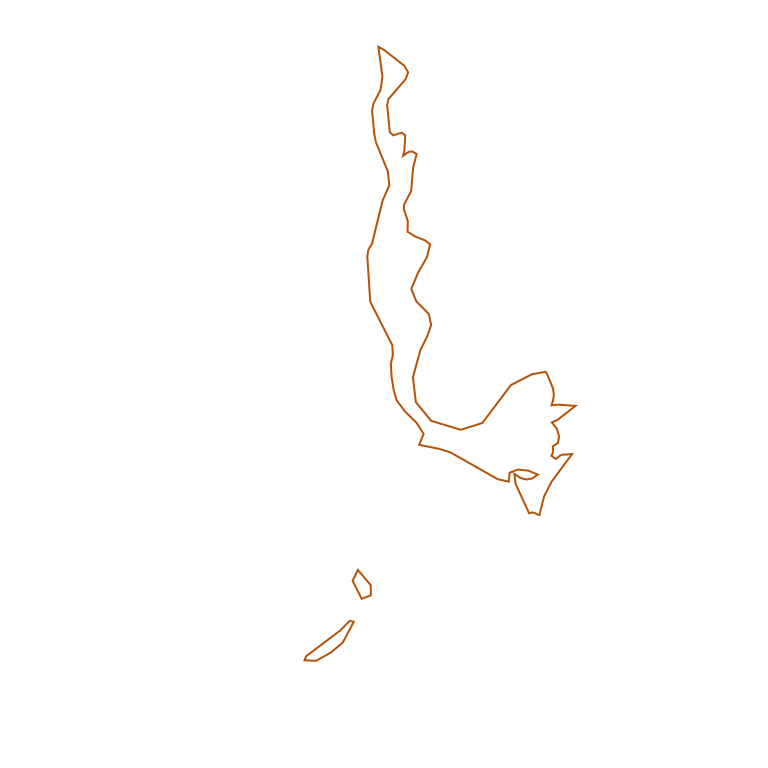 outline of Acklins, rotated 126°
{"feature_id": "BHS-5036", "entity_name": "Acklins", "entity_type": "District", "adm_level": 1, "iso_a3": "BHS", "parent_name": "The Bahamas", "parent_adm1": "", "projection": "orthographic", "projection_center": [-73.948, 22.452], "detail": "fine", "context": "isolated", "style": "outline", "palette": "amber", "viewbox_px": 768, "rotation_deg": 126, "n_neighbors": 0, "source": "natural_earth", "source_scale": "10m", "svg_char_len": 1656}
<svg xmlns="http://www.w3.org/2000/svg" viewBox="0 0 768 768"><g transform="rotate(126 384 384)"><path d="M302.8,235.9L298.5,231.2L289.1,216.2L311.2,222.6L316.4,225.6L318.7,217.6L323.6,211.4L329.6,208.6L335.1,210.8L339.1,207.8L340.9,206.8L343.7,206.4L343.7,200.9L338.3,199.4L336.0,197.9L334.2,195.3L330.1,190.7L364.5,191.0L380.9,188.4L398.8,181.2L399.5,184.0L399.8,186.3L400.7,188.5L403.3,190.6L387.6,218.6L380.1,225.6L379.8,218.3L377.5,212.6L373.1,208.5L366.9,206.3L369.2,216.2L374.7,225.6L382.0,230.2L389.7,225.6L394.2,236.2L400.3,290.1L404.0,301.2L412.6,319.8L401.1,322.6L396.3,334.8L393.9,350.7L389.8,364.2L383.3,372.5L373.6,382.2L363.5,390.4L355.4,393.8L347.7,400.2L325.5,443.5L290.6,472.5L284.5,475.6L277.4,476.2L236.8,492.8L220.1,496.5L209.8,505.8L193.1,532.7L187.7,538.6L170.0,554.2L163.2,557.4L148.0,559.7L136.1,566.0L114.5,586.8L113.7,580.3L114.6,554.8L117.6,547.7L124.6,545.7L151.0,547.9L156.6,545.3L176.9,527.3L177.4,522.7L170.3,517.4L170.3,513.0L183.4,504.6L188.2,502.7L184.2,501.5L181.2,500.1L179.2,497.5L178.7,492.8L192.1,487.5L211.8,475.5L227.2,473.1L230.8,470.8L238.1,460.6L247.0,454.4L246.3,445.3L243.7,435.3L243.9,428.7L256.2,423.8L274.4,421.8L291.0,417.8L298.2,406.3L301.0,388.9L308.6,380.5L320.4,377.0L335.1,374.5L361.5,364.6L379.9,347.6L386.1,324.2L376.0,295.1L357.7,281.5L310.2,280.7L289.1,270.0L279.1,260.4L280.2,257.7L288.3,244.6L292.7,240.4L297.6,237.7L302.8,235.9ZM654.3,285.9L650.0,287.0L621.8,278.4L609.3,274.6L595.8,272.5L594.2,268.7L606.1,267.0L617.5,265.4L632.6,269.2L647.8,276.2L654.3,285.9ZM554.6,276.4L562.7,270.4L570.9,275.8L561.7,293.7L549.8,295.9L554.6,276.4Z" fill="none" stroke="#b45309" stroke-width="2"/></g></svg>